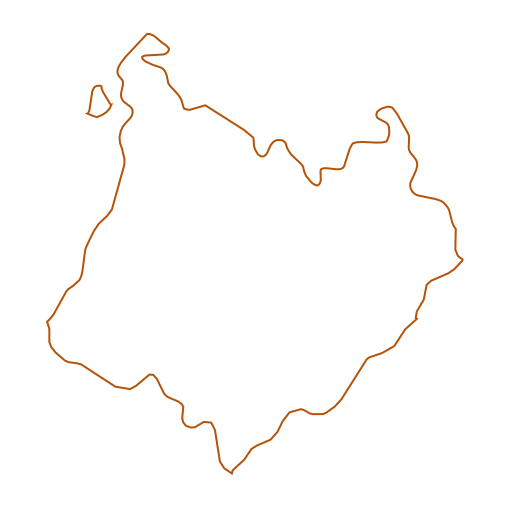 the border of Arezzo, rotated 272°
{"feature_id": "ITA-5387", "entity_name": "Arezzo", "entity_type": "Province", "adm_level": 1, "iso_a3": "ITA", "parent_name": "Italy", "parent_adm1": "", "projection": "natural_earth1", "projection_center": [12.009, 43.52], "detail": "fine", "context": "isolated", "style": "outline", "palette": "amber", "viewbox_px": 512, "rotation_deg": 272, "n_neighbors": 0, "source": "natural_earth", "source_scale": "10m", "svg_char_len": 3309}
<svg xmlns="http://www.w3.org/2000/svg" viewBox="0 0 512 512"><g transform="rotate(272 256 256)"><path d="M198.8,419.0L188.0,407.7L170.9,397.4L163.5,385.6L158.7,372.8L156.5,370.2L115.7,346.3L108.3,340.0L102.1,332.0L100.4,328.7L99.9,318.7L100.5,315.4L103.6,309.5L104.5,306.3L100.9,294.9L91.7,288.4L80.9,283.5L72.9,276.9L66.5,263.3L62.9,258.1L52.1,251.4L41.0,240.2L37.8,239.5L42.7,231.7L49.3,227.1L80.5,221.1L87.9,217.1L88.4,209.7L82.7,200.8L82.3,196.7L84.0,191.8L87.3,189.0L91.4,187.9L102.7,188.6L105.5,186.9L108.1,182.9L111.5,173.7L113.2,171.0L115.2,169.0L129.9,161.1L133.6,157.5L133.8,153.7L121.8,140.3L118.6,134.8L120.5,120.0L141.5,85.1L142.5,81.1L143.3,72.6L144.7,68.9L152.8,58.8L157.8,54.6L162.8,52.5L176.1,52.0L183.0,49.5L185.0,51.5L190.3,55.6L214.1,67.7L216.2,69.4L219.7,74.1L225.1,79.8L226.8,80.9L229.9,82.1L234.4,83.0L255.2,85.0L259.5,86.1L274.9,92.9L282.6,97.6L290.9,105.8L297.5,110.4L342.5,121.2L348.2,121.2L358.2,118.5L363.8,116.3L368.7,115.5L371.3,115.6L376.0,116.5L380.3,118.2L383.6,120.5L389.5,125.6L391.4,126.8L393.6,127.5L395.9,127.7L398.0,127.3L399.7,126.3L401.0,124.9L405.6,118.5L407.0,117.3L408.9,116.2L410.9,115.6L413.3,115.4L423.0,117.1L425.3,116.9L427.2,116.2L431.6,112.2L433.5,111.4L435.8,111.1L438.1,111.4L440.2,112.1L441.6,112.8L443.9,114.0L450.5,118.7L474.2,139.4L474.1,142.0L472.7,146.0L466.3,154.2L463.5,158.6L461.0,161.3L459.3,161.9L456.6,160.6L455.2,158.9L454.2,156.8L452.5,138.5L451.9,136.6L450.9,135.2L448.9,135.8L446.6,138.6L443.5,146.0L441.2,153.8L440.0,156.2L437.9,158.3L433.6,160.4L425.3,162.4L422.9,164.3L414.8,172.3L411.6,174.6L408.8,176.2L402.5,178.2L400.7,179.1L400.0,181.9L399.7,184.4L404.8,200.1L381.7,239.4L374.3,249.1L372.0,249.6L366.2,250.1L362.7,251.2L357.9,254.2L356.1,256.7L355.6,259.1L356.3,261.0L357.6,262.4L359.4,263.6L367.5,266.9L370.6,269.3L371.9,271.3L372.7,273.6L372.6,278.0L371.4,280.2L369.7,281.7L365.6,283.1L362.5,284.8L358.7,287.5L349.6,297.8L347.0,300.0L344.9,300.4L341.5,301.5L337.8,303.2L331.2,309.1L329.1,312.5L328.6,315.2L329.9,316.6L331.6,317.6L334.0,318.1L343.3,317.5L345.2,318.2L346.0,320.4L346.2,323.8L345.5,333.0L345.6,335.9L346.1,338.0L347.1,339.7L348.5,340.8L366.7,346.0L370.5,347.9L372.1,349.2L373.2,353.0L373.7,358.9L373.5,372.3L373.9,378.3L374.9,382.2L376.6,383.2L381.0,384.6L383.5,384.9L388.5,384.6L390.7,384.0L392.3,383.0L393.6,381.6L394.6,379.8L397.3,374.2L398.4,372.5L400.0,371.5L402.1,371.4L404.0,371.9L406.0,373.8L407.8,376.5L409.8,382.1L409.6,385.1L408.8,387.3L402.7,392.2L383.9,403.6L382.0,404.4L379.9,404.9L369.5,404.8L367.3,405.3L365.4,406.2L363.9,407.3L360.9,410.1L357.6,412.6L355.7,413.5L353.7,413.9L351.3,413.9L346.8,412.8L334.3,407.7L331.7,407.6L328.7,408.2L324.9,410.8L323.2,413.1L322.2,415.6L319.3,432.8L318.3,436.6L317.3,439.4L316.1,441.4L312.3,445.0L310.2,446.6L308.5,447.4L295.9,451.1L291.8,453.2L290.2,454.7L269.3,455.0L263.3,457.7L261.2,460.2L260.3,462.3L258.8,462.5L249.8,454.7L245.4,448.7L237.4,431.9L233.1,427.5L218.3,425.2L206.3,418.7L199.7,417.8L198.8,419.0ZM392.4,82.5L392.6,82.9L395.4,84.4L414.7,86.6L417.6,87.7L418.9,88.6L419.5,89.2L419.9,89.9L420.3,90.7L420.5,91.5L420.7,93.4L420.7,94.4L420.4,95.2L420.1,95.6L419.6,95.8L418.2,95.8L414.7,97.3L403.2,104.7L402.2,105.8L402.3,106.2L398.1,104.5L394.5,101.4L391.5,97.2L389.3,92.3L389.8,89.8L392.4,82.5Z" fill="none" stroke="#b45309" stroke-width="2"/></g></svg>